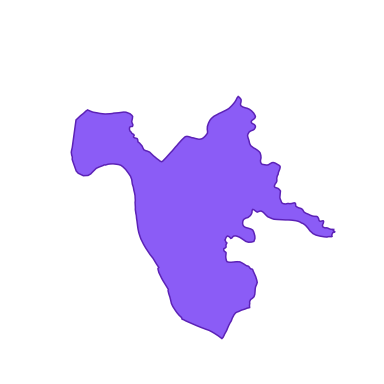 the district of Khsach Kandal, Kândal, Cambodia, rotated 311°
{"feature_id": "14789045B32248598745823", "entity_name": "Khsach Kandal", "entity_type": "district", "adm_level": 2, "iso_a3": "KHM", "parent_name": "Cambodia", "parent_adm1": "Kândal", "projection": "albers", "projection_center": [105.061, 11.705], "detail": "fine", "context": "isolated", "style": "filled", "palette": "violet", "viewbox_px": 384, "rotation_deg": 311, "n_neighbors": 0, "source": "geoboundaries", "source_scale": "gbopen_adm2", "svg_char_len": 6118}
<svg xmlns="http://www.w3.org/2000/svg" viewBox="0 0 384 384"><g transform="rotate(311 192 192)"><path d="M170.3,57.2L146.9,72.5L144.1,74.0L142.8,74.8L140.9,77.0L139.9,78.7L138.0,80.2L136.4,82.9L131.9,90.8L131.5,93.8L133.0,99.3L136.3,102.7L139.2,103.7L141.4,103.8L147.0,104.2L149.9,105.5L153.8,107.6L154.8,107.9L155.6,109.0L158.0,110.5L159.5,111.9L161.4,113.9L162.8,115.9L164.5,118.5L165.5,120.8L165.7,123.5L165.5,127.1L164.6,131.3L163.6,135.1L161.9,138.3L158.8,141.8L157.2,144.5L155.1,147.1L153.7,149.1L151.8,151.5L150.4,152.8L148.7,154.5L147.7,155.3L147.0,155.7L143.4,159.2L141.5,160.8L139.0,163.7L137.8,165.3L135.5,167.7L134.1,169.4L130.5,173.4L128.7,175.5L126.5,178.4L124.7,181.3L123.1,184.1L120.7,189.9L119.4,193.7L117.3,201.3L116.4,206.1L114.3,212.6L113.3,216.4L111.9,216.5L111.2,217.3L109.5,219.8L108.0,223.3L107.0,225.6L106.1,228.1L103.0,238.0L101.8,238.7L100.0,241.2L98.1,244.4L96.4,246.8L94.3,249.7L93.0,252.7L91.6,257.5L91.0,260.1L90.5,263.3L90.4,266.4L89.5,268.1L90.0,269.0L90.4,270.8L90.7,272.1L94.2,283.2L95.8,287.9L96.6,290.0L97.4,292.2L98.8,295.7L99.5,298.7L100.1,302.0L100.7,306.3L101.0,310.7L102.6,310.8L104.7,310.3L106.3,309.8L109.3,309.2L110.5,308.9L113.1,308.0L115.3,307.3L118.1,306.6L120.5,306.2L123.4,305.1L126.9,304.3L129.4,304.2L130.8,304.7L132.6,305.7L135.2,306.8L138.6,308.9L140.5,309.8L141.8,310.8L142.6,311.3L144.1,309.8L145.9,308.6L146.9,307.5L147.5,307.3L148.8,306.9L149.8,306.9L151.4,307.3L153.6,307.5L155.8,306.6L157.8,305.2L160.3,303.3L162.1,302.2L164.6,301.4L166.5,300.6L167.9,298.8L169.9,295.6L171.1,293.0L172.5,290.0L173.2,288.7L173.2,287.8L172.6,286.9L172.6,285.8L173.0,283.8L172.9,283.0L172.7,282.5L172.2,281.8L171.9,280.4L171.8,279.1L171.3,276.3L170.7,274.0L170.1,273.2L169.3,272.3L169.1,271.9L167.6,270.4L166.6,269.5L164.5,267.5L163.1,265.7L162.4,264.1L162.8,263.0L164.1,261.2L165.2,260.0L168.5,257.6L168.7,256.8L168.5,255.6L168.7,254.5L169.7,253.4L170.3,253.2L171.2,253.7L172.6,253.9L173.4,253.3L174.0,252.6L174.9,252.1L176.4,251.8L176.3,251.3L176.3,250.8L176.9,249.8L177.1,249.1L177.4,248.3L178.0,248.3L178.9,247.9L179.8,247.6L180.3,247.5L181.5,247.5L182.1,247.7L182.6,249.1L182.6,250.7L182.4,251.7L183.3,252.2L185.1,252.2L186.1,252.4L187.5,253.7L188.2,255.1L189.1,257.7L189.6,261.4L189.7,262.2L190.0,265.0L191.1,267.5L193.3,269.8L195.3,271.1L197.2,270.4L198.3,269.9L200.0,268.3L201.5,266.1L202.5,264.4L203.1,262.7L202.7,260.7L201.6,258.2L200.4,255.7L200.1,254.2L200.1,253.5L200.5,252.1L201.5,250.8L203.2,249.6L204.5,249.1L205.6,249.1L207.5,249.7L209.5,251.0L212.4,251.5L214.2,251.3L215.7,250.8L217.3,249.6L218.3,249.2L218.8,249.3L219.2,250.4L219.3,251.7L219.3,252.6L219.6,254.4L221.8,255.6L222.9,256.5L223.4,258.2L223.4,260.0L223.1,263.0L223.0,265.3L224.4,269.8L225.2,271.7L226.6,273.6L228.3,275.8L230.2,278.2L232.2,280.8L234.5,283.5L236.0,285.5L238.4,289.1L239.5,291.2L240.1,292.9L240.5,295.1L241.1,296.7L241.3,299.6L240.8,303.4L240.1,306.4L240.0,310.7L240.8,313.8L242.7,317.6L245.0,321.3L246.6,323.5L247.4,323.9L248.5,325.0L249.9,326.7L250.5,326.8L250.9,326.0L251.7,325.5L252.8,325.2L253.8,324.9L254.3,325.2L255.1,325.9L255.6,325.9L255.7,324.8L255.6,323.9L256.7,323.5L256.2,322.8L254.8,321.1L254.2,319.5L253.9,318.3L253.4,317.2L252.1,315.8L251.5,314.0L252.0,312.7L253.3,311.9L254.5,311.6L256.0,310.8L256.4,310.1L256.1,309.6L254.0,308.0L253.8,307.1L254.0,306.4L254.9,305.1L255.4,303.9L255.6,302.8L255.3,302.0L253.7,300.0L252.9,298.6L252.0,296.2L251.6,294.5L250.6,291.6L250.4,289.5L250.9,288.1L251.3,286.8L251.1,285.1L249.9,282.5L249.5,280.6L249.4,279.7L251.3,277.5L251.1,276.5L250.4,275.9L248.5,274.6L247.2,273.3L246.4,272.0L245.4,271.2L244.6,270.7L244.0,270.0L243.1,268.5L242.8,267.2L242.9,266.5L244.8,262.8L245.6,261.8L247.0,260.8L250.8,258.1L251.1,256.7L251.2,255.4L251.1,254.4L249.9,251.5L250.3,250.4L250.9,250.1L251.9,249.7L253.2,249.4L254.3,249.4L255.6,249.0L256.2,248.6L256.9,248.0L257.8,247.1L259.1,246.3L260.1,245.8L261.9,245.4L263.2,244.5L266.8,243.2L268.2,242.5L269.2,241.6L269.3,240.4L268.7,237.2L268.4,235.8L267.9,234.6L267.5,233.9L266.6,233.1L264.4,232.3L263.3,232.0L262.5,231.7L261.9,231.2L261.2,230.5L259.0,226.9L258.9,226.0L259.3,224.5L259.9,223.8L260.7,223.0L263.0,221.7L264.7,220.0L265.8,218.4L266.2,217.7L266.5,216.3L266.5,215.1L266.5,214.1L266.1,211.1L265.7,209.5L265.6,207.8L265.5,206.1L266.0,204.6L266.6,203.4L267.5,202.2L268.3,201.1L269.0,199.9L269.9,198.4L270.7,197.3L271.2,196.8L272.5,196.2L274.7,195.8L276.1,196.1L277.3,196.6L278.7,197.4L280.1,197.8L281.5,197.6L282.7,197.2L283.4,196.5L283.8,194.9L283.2,192.1L283.5,191.0L284.2,190.4L285.5,190.3L288.0,190.9L289.3,190.9L290.5,190.4L291.1,189.4L292.0,186.8L292.3,183.8L292.1,181.1L291.4,178.7L290.4,176.8L289.4,174.2L289.2,172.1L289.9,171.2L290.8,170.5L291.9,170.0L293.1,169.2L294.0,168.3L294.3,167.2L294.5,165.6L294.4,164.2L292.5,164.3L290.4,164.9L288.0,165.3L285.6,165.4L283.3,165.4L279.6,165.1L277.8,164.6L275.9,163.9L270.9,161.8L268.8,160.8L267.0,160.2L265.0,159.4L263.3,158.8L260.3,158.4L259.1,158.4L257.8,158.5L256.7,158.8L255.6,159.0L254.2,159.5L251.6,160.6L250.3,161.6L249.3,162.4L248.0,163.9L246.5,165.1L243.2,165.3L241.6,165.2L240.2,165.0L238.6,164.5L237.4,163.6L236.6,162.9L236.1,162.2L234.4,159.0L233.9,157.8L232.8,156.1L232.4,154.9L231.5,153.0L230.7,151.7L230.1,151.2L229.4,150.7L228.8,150.5L224.6,150.1L219.5,150.0L217.3,150.1L215.2,150.0L211.2,150.1L209.6,150.1L208.2,150.0L201.0,149.9L197.3,149.7L196.7,149.7L195.5,149.5L194.8,149.0L194.4,147.8L194.3,145.8L194.1,143.5L194.1,141.5L194.0,139.2L194.3,133.9L193.6,131.6L192.8,129.9L192.3,128.0L193.0,126.1L193.7,124.7L194.0,124.0L194.5,120.4L194.4,118.2L194.9,117.8L195.9,116.6L196.3,115.6L195.9,114.5L195.2,113.2L195.0,112.0L195.7,111.4L196.9,111.1L197.2,110.1L197.0,109.4L196.8,108.1L197.2,107.0L197.4,105.0L198.4,103.5L199.9,102.5L201.0,102.7L202.4,104.0L203.2,103.8L204.1,103.1L204.7,101.7L205.6,100.3L208.2,98.9L210.1,97.6L210.4,96.3L210.4,93.9L209.6,91.6L208.9,89.8L207.5,88.0L203.5,84.5L200.3,81.3L198.9,80.3L197.6,79.1L193.9,75.3L192.0,72.6L190.8,70.8L189.4,68.3L188.4,66.7L187.2,64.7L186.1,61.5L185.4,59.3L184.6,59.2L184.0,58.9L180.0,58.5L176.5,57.8L170.3,57.2Z" fill="#8b5cf6" stroke="#5b21b6" stroke-width="1.5"/></g></svg>